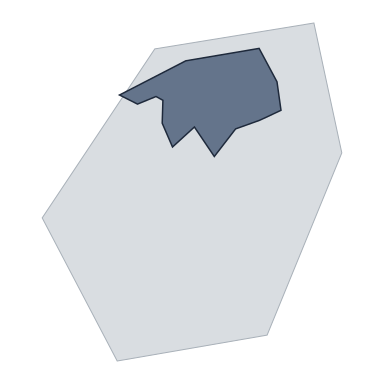 location of Serravalle within San Marino
{"feature_id": "SMR-4886", "entity_name": "Serravalle", "entity_type": "state/province", "adm_level": 1, "iso_a3": "SMR", "parent_name": "San Marino", "parent_adm1": "", "projection": "orthographic", "projection_center": [12.461, 43.967], "detail": "fine", "context": "in_parent", "style": "filled", "palette": "slate", "viewbox_px": 384, "rotation_deg": 0, "n_neighbors": 0, "source": "natural_earth", "source_scale": "10m", "svg_char_len": 449}
<svg xmlns="http://www.w3.org/2000/svg" viewBox="0 0 384 384"><path d="M267.1,335.1L117.2,361.0L42.2,217.9L154.8,48.9L313.9,23.0L341.8,152.9L267.1,335.1Z" fill="#d9dde1" stroke="#a8b0b8" stroke-width="1"/><path d="M259.1,48.4L277.0,81.8L281.0,110.3L259.6,120.3L235.6,128.9L214.3,156.5L194.4,127.0L172.5,147.0L162.2,123.2L162.9,100.3L156.0,96.5L137.5,104.1L119.5,95.0L185.8,60.8L259.1,48.4Z" fill="#64748b" stroke="#1e293b" stroke-width="1.5"/></svg>